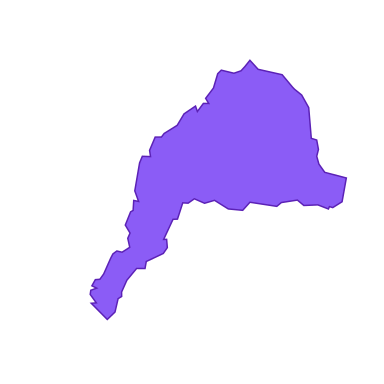 Marion, South Carolina, United States of America (Mercator projection), rotated 58°
{"feature_id": "52423323B89464999427747", "entity_name": "Marion", "entity_type": "district", "adm_level": 2, "iso_a3": "USA", "parent_name": "United States of America", "parent_adm1": "South Carolina", "projection": "mercator", "projection_center": [-79.345, 33.998], "detail": "fine", "context": "isolated", "style": "filled", "palette": "violet", "viewbox_px": 384, "rotation_deg": 58, "n_neighbors": 0, "source": "geoboundaries", "source_scale": "gbopen_adm2", "svg_char_len": 1215}
<svg xmlns="http://www.w3.org/2000/svg" viewBox="0 0 384 384"><g transform="rotate(58 192 192)"><path d="M113.7,80.8L115.2,86.2L113.5,93.5L104.2,102.6L105.3,107.5L115.2,118.7L119.8,130.8L125.8,130.9L122.9,135.4L126.6,144.8L121.0,143.5L121.5,157.3L127.6,169.2L127.6,184.6L129.2,188.8L125.9,194.1L134.2,205.9L140.0,208.4L135.4,215.2L139.5,221.0L160.7,239.9L171.7,242.3L168.3,245.9L176.4,251.7L176.3,254.6L184.7,266.1L194.0,266.3L197.2,271.0L205.9,274.1L206.0,283.2L202.2,287.0L202.6,291.9L205.1,296.1L214.7,310.3L217.2,316.4L215.1,320.4L218.5,326.6L223.0,323.8L221.7,329.9L224.9,332.6L235.3,331.9L233.0,336.4L255.2,331.4L253.0,320.9L243.3,311.2L243.3,307.0L239.5,304.7L232.3,294.0L227.5,279.5L232.0,272.4L226.7,267.6L228.9,248.9L226.1,242.4L218.7,238.6L217.2,241.2L205.1,222.6L207.3,218.7L196.3,205.6L199.4,201.2L199.0,193.6L208.2,187.3L211.0,177.3L225.6,170.2L234.4,158.7L231.4,148.3L249.1,127.7L248.3,121.8L254.7,106.9L262.7,104.3L269.6,92.1L278.7,85.3L277.2,83.2L279.8,80.9L279.8,69.9L261.9,53.7L245.7,69.0L235.6,69.6L227.8,67.3L222.9,62.2L214.0,58.7L209.7,62.4L182.3,48.3L167.9,47.6L159.2,50.6L156.3,51.2L140.3,53.4L123.0,70.9L111.0,73.1L113.7,80.8Z" fill="#8b5cf6" stroke="#5b21b6" stroke-width="1.5"/></g></svg>